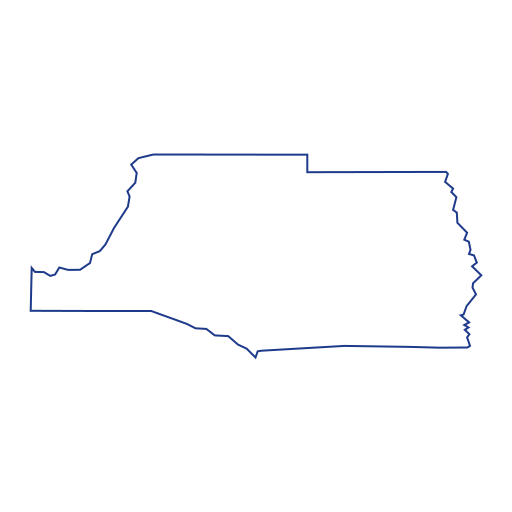 Mora, New Mexico, United States of America (Mercator projection)
{"feature_id": "52423323B50953457679894", "entity_name": "Mora", "entity_type": "district", "adm_level": 2, "iso_a3": "USA", "parent_name": "United States of America", "parent_adm1": "New Mexico", "projection": "mercator", "projection_center": [-104.899, 36.008], "detail": "fine", "context": "isolated", "style": "outline", "palette": "blue", "viewbox_px": 512, "rotation_deg": 0, "n_neighbors": 0, "source": "geoboundaries", "source_scale": "gbopen_adm2", "svg_char_len": 977}
<svg xmlns="http://www.w3.org/2000/svg" viewBox="0 0 512 512"><path d="M92.2,254.2L90.0,263.0L80.0,269.8L68.1,269.9L59.3,267.5L55.1,274.5L50.3,275.9L43.9,272.1L34.9,271.9L31.7,267.9L30.7,310.8L94.2,311.0L151.2,311.0L186.8,323.9L195.5,328.3L206.3,328.9L214.8,335.4L228.2,336.1L238.0,344.6L246.6,348.6L255.5,357.5L257.7,351.3L261.7,350.7L344.4,345.9L410.4,346.9L439.7,347.7L467.4,347.5L470.0,345.9L467.1,337.4L469.4,334.2L464.8,329.8L468.5,327.5L464.3,325.0L469.1,322.4L460.8,315.3L463.6,314.5L466.6,306.1L476.0,294.4L472.5,287.6L473.1,283.2L481.3,275.3L472.1,266.3L476.8,262.6L474.0,255.4L469.0,254.0L470.5,249.8L468.8,241.7L464.3,239.7L467.1,232.7L457.4,222.8L456.8,212.6L453.1,209.9L456.4,197.2L451.3,192.0L453.1,188.6L445.1,181.9L447.9,173.9L446.1,171.9L307.3,172.2L307.3,154.7L153.4,154.5L138.5,158.1L131.2,164.6L136.7,172.9L135.3,182.7L127.4,191.3L129.6,196.5L127.9,206.7L114.0,228.0L105.5,244.4L99.8,251.1L92.2,254.2Z" fill="none" stroke="#1e3a8a" stroke-width="2"/></svg>